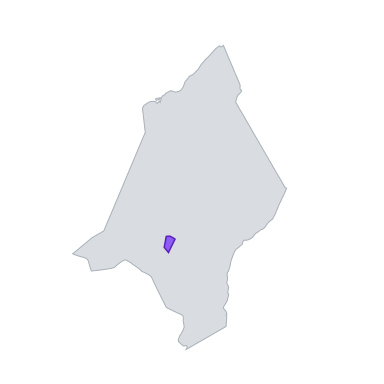 Saku, Eastern, Kenya shown in context, rotated 203°
{"feature_id": "3690345B97968692323011", "entity_name": "Saku", "entity_type": "district", "adm_level": 2, "iso_a3": "KEN", "parent_name": "Kenya", "parent_adm1": "Eastern", "projection": "equal_earth", "projection_center": [37.99, 2.373], "detail": "fine", "context": "in_parent", "style": "filled", "palette": "violet", "viewbox_px": 384, "rotation_deg": 203, "n_neighbors": 0, "source": "geoboundaries", "source_scale": "gbopen_adm2", "svg_char_len": 3240}
<svg xmlns="http://www.w3.org/2000/svg" viewBox="0 0 384 384"><g transform="rotate(203 192 192)"><path d="M106.4,232.5L106.3,227.6L106.9,215.1L106.8,204.0L107.3,198.5L109.3,195.0L110.2,192.5L110.9,188.9L111.9,186.0L114.3,183.7L114.8,182.4L117.3,178.5L118.8,173.4L120.0,171.7L121.4,170.1L122.4,169.3L124.1,168.4L125.4,167.9L125.6,167.5L125.8,166.7L125.3,163.6L125.9,162.6L126.8,160.5L127.8,158.5L128.7,157.3L129.2,156.0L129.5,153.8L129.5,152.2L129.5,149.7L129.2,143.9L128.1,139.0L127.5,133.6L128.0,131.8L127.1,128.7L126.7,128.5L126.0,127.8L125.1,124.8L124.5,122.0L124.1,121.4L121.2,119.0L119.8,113.3L118.2,112.1L117.3,106.5L117.1,104.9L118.0,99.3L118.0,98.0L117.0,96.8L114.3,95.6L112.1,93.3L112.4,92.5L112.6,91.7L111.4,91.1L108.1,81.5L112.4,75.8L116.8,70.0L122.3,62.6L127.5,55.9L131.9,50.0L135.8,44.8L135.7,45.8L135.8,47.1L136.3,47.9L137.1,48.5L138.2,47.9L139.2,47.1L140.1,46.9L146.1,49.1L147.0,51.0L147.0,53.0L147.2,54.5L146.8,56.0L146.3,60.4L146.4,64.6L148.2,67.6L149.8,70.0L151.0,73.3L152.0,74.4L153.2,74.9L157.3,75.0L163.3,75.3L169.1,75.5L169.7,75.6L170.9,76.0L176.2,80.5L181.1,84.7L185.3,88.3L189.3,91.8L193.2,95.2L196.2,98.0L199.2,98.9L204.1,99.3L207.4,99.4L210.5,100.6L215.1,101.7L218.6,102.3L220.7,103.0L226.4,103.6L227.4,103.2L229.9,100.1L232.8,95.0L233.9,92.2L237.6,89.4L244.0,85.5L248.6,82.8L253.7,80.0L256.0,82.4L259.1,86.2L260.6,88.1L261.7,89.0L263.4,89.5L265.5,89.5L266.7,89.4L269.0,89.0L274.5,88.5L277.7,88.5L275.0,93.6L271.9,99.7L266.1,111.0L261.6,116.9L258.3,121.3L258.0,122.1L258.0,127.1L258.0,139.3L258.1,163.7L258.2,188.1L258.3,212.4L258.3,224.6L258.3,228.7L261.3,233.8L264.1,238.8L267.9,245.5L270.0,249.0L270.3,250.2L270.2,252.6L267.1,257.5L264.5,259.8L261.0,260.9L260.0,260.7L258.7,260.0L258.1,261.2L257.7,263.0L257.0,262.6L256.4,262.1L256.7,265.4L257.1,267.0L256.6,269.2L254.9,271.1L254.7,272.7L251.1,277.0L246.0,277.5L243.3,279.6L242.1,281.3L241.1,285.1L241.5,290.9L240.0,295.3L239.7,297.5L237.1,300.4L235.9,303.1L235.0,305.8L234.3,307.0L233.4,313.0L232.1,316.7L231.8,317.9L231.5,319.0L230.5,321.2L229.9,322.6L229.5,323.6L226.3,333.0L223.9,337.3L222.0,336.8L220.7,338.4L220.6,339.2L219.9,338.8L218.3,337.2L215.0,334.0L211.7,330.8L208.4,327.6L205.1,324.4L201.8,321.2L198.5,318.0L195.2,314.9L191.9,311.7L190.0,309.8L189.2,308.7L188.5,306.5L188.2,305.9L187.3,305.2L186.3,305.1L186.0,304.7L186.0,303.6L186.3,302.1L187.5,299.1L187.7,297.4L187.4,295.5L187.1,292.3L186.7,291.6L184.5,290.0L180.0,286.5L175.4,283.1L170.8,279.7L166.2,276.2L161.7,272.8L157.1,269.3L152.5,265.9L147.9,262.4L143.4,259.0L138.8,255.6L134.2,252.1L129.6,248.7L125.1,245.2L120.5,241.8L115.9,238.4L111.3,234.9L109.6,233.6L108.0,232.5L106.4,232.5ZM258.6,266.0L257.8,266.2L258.2,264.6L260.6,262.4L261.6,262.9L261.7,263.4L261.7,263.8L261.3,264.3L258.6,266.0Z" fill="#d9dde1" stroke="#a8b0b8" stroke-width="1"/><path d="M197.4,136.9L197.0,134.7L196.9,134.6L196.5,132.6L196.0,130.2L195.8,130.1L195.2,129.8L193.1,128.7L192.3,128.3L190.0,127.1L189.9,129.3L189.7,133.4L189.6,134.9L189.6,135.0L189.4,137.7L189.4,137.8L189.3,140.3L189.2,142.0L191.9,142.5L192.0,142.5L194.9,142.7L195.2,142.7L195.6,142.5L197.0,141.8L197.0,141.7L197.5,141.5L198.3,141.1L198.2,140.3L198.2,140.2L197.7,138.1L197.4,136.9Z" fill="#8b5cf6" stroke="#5b21b6" stroke-width="1.5"/></g></svg>